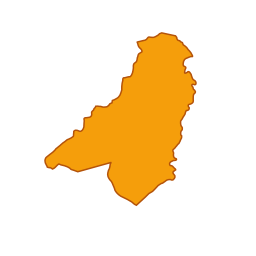 the district of La Fille, Micoud, Saint Lucia, rotated 64°
{"feature_id": "8701671B6329691357439", "entity_name": "La Fille", "entity_type": "district", "adm_level": 2, "iso_a3": "LCA", "parent_name": "Saint Lucia", "parent_adm1": "Micoud", "projection": "mercator", "projection_center": [-60.934, 13.835], "detail": "fine", "context": "isolated", "style": "filled", "palette": "amber", "viewbox_px": 256, "rotation_deg": 64, "n_neighbors": 0, "source": "geoboundaries", "source_scale": "gbopen_adm2", "svg_char_len": 5766}
<svg xmlns="http://www.w3.org/2000/svg" viewBox="0 0 256 256"><g transform="rotate(64 128 128)"><path d="M96.4,130.0L98.3,131.3L98.3,133.7L99.2,135.4L99.7,137.3L99.5,138.3L98.6,140.7L97.9,141.7L96.7,143.0L96.1,144.1L94.9,146.0L94.3,147.5L95.1,148.3L95.7,150.0L96.6,150.9L97.0,151.9L97.2,152.6L97.7,153.6L97.9,153.8L99.5,154.5L100.1,154.8L100.5,155.1L100.8,155.4L101.1,155.8L101.3,156.2L101.4,156.6L101.5,157.0L101.5,157.7L101.4,158.4L101.1,159.0L100.8,160.2L100.1,161.9L100.0,162.3L100.1,163.0L100.3,163.3L100.6,163.6L101.7,163.9L103.3,164.7L103.9,165.1L106.8,166.7L107.6,167.1L108.1,167.6L108.9,168.4L109.2,168.8L109.8,169.8L110.0,170.2L110.1,170.7L110.2,171.4L110.2,171.8L110.1,172.3L109.9,172.7L109.4,173.2L108.8,173.8L108.2,174.3L107.6,175.0L107.3,175.6L107.1,175.9L107.0,176.2L106.9,177.0L107.0,177.5L107.1,177.9L107.3,178.2L107.8,178.5L108.4,178.8L109.5,179.5L110.0,179.8L111.1,180.4L111.4,180.7L111.6,181.0L111.7,181.4L111.9,182.8L112.0,183.5L112.0,186.1L111.9,187.3L111.9,188.0L112.6,190.9L112.9,193.1L113.4,194.9L113.5,195.3L113.6,195.8L113.8,196.2L114.1,197.5L114.3,198.5L114.8,200.4L114.9,201.1L115.0,201.5L115.1,201.9L115.7,203.0L116.1,204.1L116.8,206.3L117.6,210.3L118.0,211.9L118.1,212.6L118.6,214.5L118.9,215.1L119.3,215.6L120.4,216.6L121.1,217.0L123.1,217.6L123.9,217.6L124.8,217.6L126.4,217.6L127.0,217.5L127.7,217.7L128.4,217.1L128.8,216.6L129.3,215.9L129.7,215.1L131.8,213.8L131.8,213.6L131.7,211.7L131.3,210.3L130.4,207.8L130.0,206.2L130.4,205.5L131.6,204.6L134.1,201.6L136.3,199.5L138.4,198.0L140.1,197.4L140.6,197.0L142.3,195.2L145.3,192.3L151.6,158.0L151.8,158.7L152.7,159.8L154.9,161.3L156.5,162.7L157.5,164.1L159.4,165.7L160.8,166.6L162.7,167.2L164.0,167.3L166.3,167.1L168.7,166.4L170.3,166.3L175.9,166.6L178.5,167.0L181.1,166.6L183.7,165.7L186.1,164.4L191.6,160.1L196.0,157.1L199.2,155.7L200.6,154.7L201.1,154.3L197.7,142.8L196.1,138.1L196.0,137.5L196.0,137.0L195.9,136.0L195.8,134.5L195.7,133.7L195.4,132.7L194.5,130.2L193.8,128.4L193.4,127.4L193.2,126.8L193.0,126.6L192.9,126.2L192.8,125.4L192.7,124.4L192.5,123.2L192.5,122.4L192.7,121.0L192.6,120.2L192.5,119.8L192.3,118.4L191.9,116.5L191.9,116.1L191.9,115.5L192.1,114.4L192.8,112.6L193.8,111.7L194.0,111.3L194.3,110.6L194.3,110.0L194.0,109.3L193.8,108.8L193.6,108.4L193.3,108.0L193.0,107.6L192.6,107.3L191.9,107.0L191.3,106.8L190.3,107.0L189.6,107.2L189.0,107.2L188.4,107.3L188.0,107.2L187.6,107.0L187.2,106.6L187.0,106.2L186.6,104.1L186.5,103.5L186.2,103.4L185.7,103.4L184.3,104.0L182.0,104.7L181.3,105.1L180.9,105.5L180.5,106.1L180.2,106.5L179.8,106.6L179.2,106.6L178.9,106.5L178.3,106.3L177.9,106.0L177.8,105.9L177.5,105.3L177.2,104.7L177.1,102.1L177.1,101.6L177.8,99.7L177.9,99.1L177.9,98.9L177.8,98.5L177.5,98.2L177.2,98.1L176.9,98.1L176.6,98.3L175.8,99.0L175.5,99.2L174.9,99.5L174.5,99.5L173.7,99.5L172.4,99.1L171.8,98.8L170.7,98.1L170.1,97.9L169.6,97.8L169.1,97.9L168.6,97.8L167.8,97.5L167.4,97.2L167.2,96.8L166.7,95.1L166.3,94.1L165.8,93.2L165.4,92.1L165.0,91.4L164.5,90.3L164.2,89.2L164.0,88.8L163.8,88.4L163.3,87.9L162.7,87.0L162.2,86.5L161.4,85.6L160.7,84.6L160.3,84.2L159.9,83.9L158.6,83.2L158.1,83.3L157.5,83.5L157.3,83.6L156.6,83.3L155.7,82.9L155.2,82.6L154.2,81.8L153.9,81.3L153.7,80.7L153.2,80.0L152.8,79.7L151.6,79.1L150.7,79.1L150.2,79.2L149.2,79.3L148.4,79.2L146.9,78.7L145.5,78.0L144.9,77.6L144.6,77.3L144.2,76.5L143.9,75.9L143.4,75.0L143.0,74.6L142.5,73.9L141.8,72.7L141.0,71.4L140.7,70.9L140.3,70.5L139.6,69.9L139.0,69.4L138.1,68.3L137.9,67.9L138.0,67.7L138.3,66.6L138.3,66.3L138.2,65.9L138.1,65.3L137.9,65.0L136.9,64.2L136.6,64.1L136.2,64.2L135.8,64.3L135.2,64.3L134.8,64.2L134.3,64.1L133.9,63.8L133.7,63.5L133.6,63.2L133.6,62.7L133.7,62.1L133.9,61.2L133.9,60.4L133.9,60.0L133.5,58.5L133.3,58.3L132.5,57.6L132.0,57.3L130.7,56.8L129.2,56.0L128.2,55.5L127.3,54.9L126.5,54.2L126.4,53.9L126.0,52.7L125.8,52.3L125.5,51.9L125.2,51.7L124.8,51.5L123.2,51.6L121.9,52.2L121.5,52.2L121.1,52.1L120.0,51.8L119.5,51.8L118.9,52.0L117.6,52.0L117.3,51.8L117.1,51.4L117.0,51.0L117.2,50.5L117.3,50.2L117.6,49.9L118.0,49.5L118.3,49.2L118.4,48.8L118.5,48.5L118.4,48.0L117.9,47.5L117.4,47.2L116.9,47.0L116.2,46.9L115.6,46.9L114.9,47.1L114.2,47.5L113.4,48.0L113.0,48.2L112.5,48.3L110.9,48.3L108.7,48.0L108.1,47.9L107.6,47.8L107.0,47.8L106.0,48.0L105.5,48.0L104.8,48.2L104.4,48.4L104.1,48.7L103.7,49.2L103.7,49.7L103.9,50.3L104.0,51.7L103.9,52.1L103.8,52.6L103.3,52.9L103.1,52.9L101.0,51.5L100.3,50.8L99.9,50.2L99.3,49.7L98.7,49.5L98.4,49.6L97.7,50.0L97.3,50.3L96.9,50.6L96.3,50.8L96.0,50.8L95.4,50.7L94.5,50.3L94.1,50.0L93.8,49.9L93.4,49.5L92.8,49.1L92.4,48.7L92.1,48.3L91.3,47.2L91.0,46.1L90.9,45.2L91.0,44.5L91.0,44.1L91.1,42.1L91.2,40.9L91.5,39.9L91.7,39.5L92.0,38.9L92.0,38.7L91.0,38.3L90.4,38.4L87.8,38.5L85.3,39.1L84.0,39.6L83.1,39.7L81.3,40.0L79.4,40.8L77.4,41.9L75.1,41.7L73.9,42.6L73.5,43.0L72.3,43.2L71.4,44.3L70.7,44.8L70.1,44.9L68.5,44.8L68.0,44.5L66.0,44.9L57.3,56.0L57.1,58.3L57.7,60.2L57.9,62.5L57.9,64.4L57.6,65.7L56.4,67.8L55.4,69.3L55.4,70.3L56.4,72.5L56.6,74.0L56.0,76.4L55.3,79.7L54.9,81.2L54.9,82.1L56.7,82.3L58.0,82.6L59.4,82.7L60.2,82.6L61.6,82.2L62.3,81.9L63.1,81.7L63.8,81.6L64.4,81.6L65.1,81.8L65.6,82.1L65.7,82.5L65.8,83.3L65.9,84.5L66.1,85.8L66.5,86.5L67.1,87.1L68.2,88.0L68.9,88.8L70.7,90.0L71.1,90.4L71.5,90.7L71.9,91.3L72.2,91.7L72.3,92.4L72.7,94.1L72.8,94.4L73.2,94.9L73.8,95.5L74.6,96.0L75.4,96.4L76.3,96.8L78.3,98.1L79.5,99.1L80.2,99.6L81.1,100.6L82.1,101.8L82.6,102.9L82.8,103.3L82.7,103.9L82.4,104.6L82.1,105.6L81.4,109.0L81.2,109.4L81.0,109.9L81.0,110.2L81.1,110.5L81.4,110.9L81.9,111.3L82.7,111.6L83.3,112.1L85.3,113.7L88.0,115.4L88.8,115.8L89.6,116.2L90.9,116.8L91.6,117.4L93.2,118.9L94.0,119.8L94.6,120.4L95.2,121.3L95.9,122.7L96.2,123.4L96.4,124.3L96.6,127.1L96.6,128.2L96.4,130.0Z" fill="#f59e0b" stroke="#b45309" stroke-width="1.5"/></g></svg>